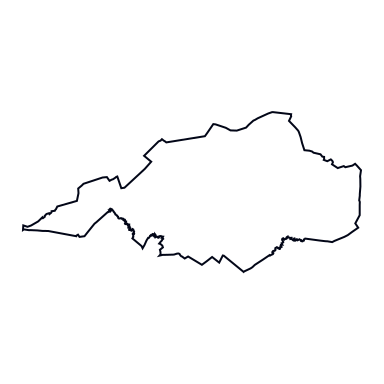 the district of Maļinovas pag., Daugavpils, Latvia
{"feature_id": "27541924B81356835284887", "entity_name": "Maļinovas pag.", "entity_type": "district", "adm_level": 2, "iso_a3": "LVA", "parent_name": "Latvia", "parent_adm1": "Daugavpils", "projection": "albers", "projection_center": [26.645, 55.995], "detail": "fine", "context": "isolated", "style": "outline", "palette": "ink", "viewbox_px": 384, "rotation_deg": 0, "n_neighbors": 0, "source": "geoboundaries", "source_scale": "gbopen_adm2", "svg_char_len": 5956}
<svg xmlns="http://www.w3.org/2000/svg" viewBox="0 0 384 384"><path d="M142.6,248.3L144.5,245.0L146.5,240.5L148.1,237.9L148.7,238.0L149.0,237.7L149.3,237.2L150.1,236.3L150.1,235.8L150.4,235.7L150.8,235.2L151.4,235.7L151.8,235.6L151.9,235.0L152.0,234.6L152.2,234.4L152.4,234.7L152.2,235.2L152.3,235.3L152.9,234.8L153.2,234.8L153.4,234.5L153.3,234.3L153.4,234.1L154.0,234.2L154.9,234.9L155.1,234.8L155.1,234.4L155.5,234.9L155.7,235.6L155.2,235.8L155.0,235.6L154.6,235.9L154.5,236.0L154.3,235.7L154.1,235.8L154.0,236.1L154.1,236.3L154.7,236.3L154.7,236.6L154.9,236.8L155.2,237.4L155.6,237.2L156.0,236.6L156.1,236.9L156.3,236.8L156.4,236.5L157.4,236.9L157.5,237.2L158.1,237.7L158.3,237.5L158.5,237.5L158.5,237.3L158.2,237.1L157.9,236.9L158.4,236.6L158.7,236.9L159.0,236.9L159.2,237.0L159.9,236.1L160.3,236.2L160.9,236.0L161.1,236.2L161.0,236.5L161.3,236.6L162.2,236.5L162.9,236.6L161.9,237.9L162.9,238.1L163.0,238.4L163.2,238.8L162.1,239.8L161.9,240.5L160.7,241.7L159.2,243.6L160.6,244.1L162.3,245.6L162.9,247.4L159.9,249.8L160.4,251.6L160.6,254.3L159.5,255.6L162.5,254.9L167.4,254.8L173.9,254.6L177.1,253.6L178.5,253.5L179.5,253.9L180.3,255.3L181.3,256.3L182.0,256.5L184.7,258.5L188.1,256.5L201.9,264.8L206.9,261.1L212.1,257.0L219.2,262.6L222.8,255.5L223.8,255.7L243.6,271.9L243.8,271.6L250.6,268.4L252.4,267.2L254.8,264.9L262.8,259.7L269.3,255.3L269.4,255.6L269.5,255.7L269.8,255.7L270.9,255.0L272.8,254.2L273.1,253.8L273.4,253.1L273.1,252.8L272.5,252.9L272.4,252.7L272.3,252.4L272.4,251.9L272.9,251.2L273.4,250.9L274.4,250.9L274.7,250.8L275.5,249.9L275.5,249.5L275.2,249.1L275.5,247.9L276.0,247.8L276.7,247.3L277.0,247.5L277.1,247.3L277.7,247.6L277.8,248.1L278.1,248.3L278.3,248.3L278.5,248.0L279.2,248.1L279.3,248.3L279.3,248.8L279.4,249.0L279.8,249.0L280.2,248.2L280.3,247.9L280.1,247.4L280.3,246.8L281.5,246.9L281.5,246.6L281.4,246.4L280.9,246.3L280.7,246.0L280.6,245.6L280.9,244.8L281.2,244.6L281.6,244.7L282.2,244.7L281.8,244.2L282.0,243.5L281.8,243.2L282.3,243.0L283.1,242.4L283.3,242.1L283.0,241.5L282.4,240.5L282.1,239.7L282.2,239.0L282.6,238.5L283.4,238.3L283.6,238.7L284.0,239.5L284.3,239.6L284.5,239.1L286.1,238.9L286.7,238.5L286.7,238.2L286.4,237.8L286.4,237.6L287.0,237.0L287.6,236.6L287.8,236.5L287.9,236.8L287.6,237.2L287.6,237.6L289.1,237.5L290.0,237.9L290.1,238.0L290.3,239.0L290.7,238.9L291.3,237.8L291.6,237.8L291.6,238.0L291.6,238.7L291.7,239.2L292.4,239.5L293.0,240.2L293.2,240.3L293.4,239.7L294.0,238.6L294.3,238.4L294.5,238.4L294.6,238.9L294.6,239.1L294.1,240.4L294.2,240.6L294.5,240.7L295.3,240.7L296.0,240.3L296.5,239.3L296.8,239.2L297.3,239.4L297.4,240.1L297.6,240.3L299.5,239.3L300.0,239.7L300.4,239.9L300.5,240.1L301.1,240.1L301.2,240.4L301.2,241.1L302.1,241.3L302.5,241.3L302.8,240.8L303.5,240.8L303.8,240.7L304.0,240.2L303.9,239.5L304.2,239.2L304.6,239.1L304.8,238.8L304.8,238.7L304.5,238.5L319.4,240.5L325.3,241.2L327.4,241.3L332.2,242.1L334.5,240.9L344.3,236.9L347.8,235.1L352.0,232.0L358.2,227.7L355.3,223.4L359.7,215.2L359.7,204.9L359.8,202.3L359.7,201.5L359.2,200.4L359.8,195.7L359.8,194.1L360.4,186.5L360.3,178.9L360.1,176.2L361.0,170.2L356.8,165.5L355.1,163.8L352.4,165.6L345.3,167.2L343.8,166.1L338.5,167.8L337.8,168.1L332.0,164.3L332.9,162.3L332.9,162.1L332.4,161.0L331.0,159.5L330.8,159.4L327.3,161.2L323.8,159.9L324.1,159.2L324.1,156.9L322.3,156.6L320.5,154.3L313.5,152.7L312.1,151.5L309.4,150.7L304.4,150.2L302.1,143.1L300.6,137.0L298.9,132.1L298.2,130.7L295.2,127.3L289.0,120.9L291.2,116.3L290.9,115.1L291.1,114.2L272.8,112.1L272.2,112.1L268.2,113.5L257.7,118.3L255.0,119.9L253.4,120.6L248.7,124.8L246.1,127.6L236.8,130.6L230.5,130.4L225.8,127.8L215.6,124.4L213.3,124.1L207.0,133.3L204.9,136.2L166.3,142.4L164.9,141.3L163.7,140.6L161.9,139.2L160.6,140.6L158.6,141.4L144.1,155.8L151.2,161.7L144.8,168.9L124.5,187.7L121.3,188.2L117.3,176.5L116.2,176.9L115.9,177.3L113.1,179.2L111.6,179.7L109.5,180.8L106.9,177.1L102.6,177.5L83.5,183.8L81.7,185.6L78.2,188.5L78.5,193.2L76.9,200.9L57.3,206.5L55.9,209.3L55.4,209.7L54.8,210.8L51.6,211.2L51.6,211.9L51.1,212.8L49.5,214.1L49.1,213.2L46.5,214.0L44.7,215.9L44.8,216.7L42.9,218.2L42.6,218.2L42.3,217.4L38.2,221.4L31.1,225.5L27.5,226.8L23.3,225.4L23.0,230.0L23.9,229.4L29.1,230.2L30.0,230.1L37.1,230.4L42.3,230.9L48.2,231.0L76.2,236.2L76.3,235.7L78.0,234.7L79.5,236.9L84.5,236.2L87.5,232.4L94.5,223.7L96.4,222.2L107.7,212.1L108.0,212.2L108.6,211.8L109.4,211.6L110.1,211.7L110.3,211.5L110.6,211.1L109.9,210.8L109.2,210.4L109.0,210.1L109.3,210.0L110.1,210.4L110.6,210.3L110.6,210.2L110.6,209.9L110.8,209.5L110.6,209.3L110.1,209.2L109.9,209.0L110.2,208.7L110.6,208.7L112.1,209.4L112.4,209.7L112.5,210.2L113.7,211.5L113.8,212.0L114.3,212.4L114.6,213.0L115.2,213.5L115.3,213.9L115.3,214.4L115.4,214.5L116.4,215.1L117.2,215.6L117.2,216.1L117.7,216.7L118.1,216.8L118.2,217.5L118.2,217.9L118.6,218.4L119.7,218.5L121.0,218.1L121.6,218.7L122.0,218.5L122.7,218.5L123.6,218.9L123.7,219.1L123.6,219.3L123.2,219.7L123.3,220.0L123.9,220.1L124.3,219.9L124.7,219.9L124.6,220.2L124.4,220.4L124.3,220.7L124.4,220.8L124.9,220.5L125.5,220.9L125.5,221.1L125.1,221.8L125.2,222.0L126.0,221.9L125.9,222.3L125.7,222.4L125.9,223.2L125.0,223.6L125.1,223.9L125.4,224.1L126.3,224.0L126.5,223.6L127.2,223.7L127.5,224.8L127.7,225.1L128.5,224.4L129.2,224.5L129.1,225.0L129.2,225.4L129.3,225.7L129.3,226.1L129.7,226.7L129.8,227.3L129.3,227.5L129.2,227.2L128.9,227.0L128.6,227.0L128.3,227.3L128.3,227.6L128.8,227.6L129.2,228.2L130.2,228.2L130.4,228.3L130.4,228.5L130.2,228.7L129.8,228.6L129.6,228.8L129.1,229.8L129.2,230.0L129.5,230.0L129.9,229.5L130.3,229.3L130.5,229.9L131.0,230.5L131.5,230.7L131.8,230.4L132.0,229.8L132.3,229.7L132.6,229.1L133.3,229.5L133.4,230.3L133.0,230.3L133.0,230.5L133.7,230.8L134.1,231.4L133.9,231.8L133.8,232.1L134.2,233.6L134.0,234.1L133.6,234.2L133.4,234.1L133.4,233.9L133.5,233.6L133.0,233.4L132.8,233.5L132.7,233.8L132.7,234.0L132.8,234.3L133.1,234.6L133.3,236.0L133.1,236.5L133.3,236.9L132.4,238.4L141.6,246.1L142.6,248.3Z" fill="none" stroke="#020617" stroke-width="2"/></svg>